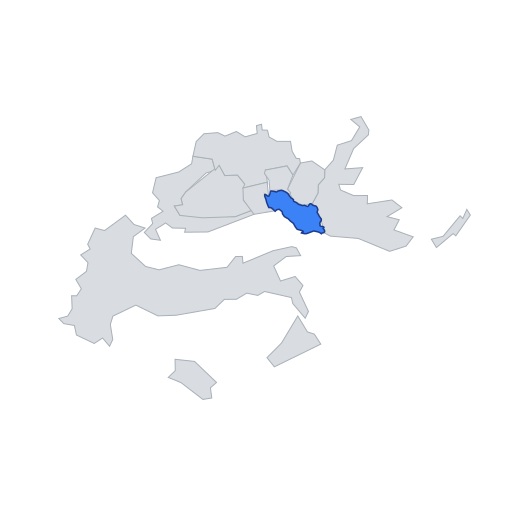 Albania shown with its bordering countries, rotated 309°
{"feature_id": "ALB", "entity_name": "Albania", "entity_type": "country or territory", "adm_level": 0, "iso_a3": "ALB", "parent_name": "Europe", "parent_adm1": "", "projection": "mercator", "projection_center": [20.103, 41.151], "detail": "fine", "context": "with_neighbors", "style": "filled", "palette": "blue", "viewbox_px": 512, "rotation_deg": 309, "n_neighbors": 8, "source": "natural_earth", "source_scale": "50m", "svg_char_len": 4813}
<svg xmlns="http://www.w3.org/2000/svg" viewBox="0 0 512 512"><g transform="rotate(309 256 256)"><path d="M424.9,390.5L422.7,396.8L397.4,398.6L397.5,395.1L376.1,390.9L379.4,381.7L389.0,389.0L415.7,389.3L415.3,393.1L424.9,390.5ZM366.2,255.2L379.2,255.8L393.3,249.4L405.7,257.6L421.6,255.4L421.8,243.7L430.4,249.9L424.9,264.5L420.8,267.1L400.9,264.3L379.6,270.3L391.8,283.3L373.1,287.0L363.8,275.2L360.5,280.2L364.4,293.9L373.2,304.6L366.6,309.6L385.1,326.4L385.3,339.0L369.1,333.1L374.3,344.5L363.1,346.8L369.8,366.1L358.1,366.4L343.7,356.9L334.0,324.4L318.2,301.2L317.0,294.7L325.2,283.6L326.2,276.1L331.9,272.8L332.3,266.7L343.8,264.6L350.5,259.6L360.0,260.0L366.2,255.2Z" fill="#d9dde1" stroke="#a8b0b8" stroke-width="1"/><path d="M254.0,129.1L272.7,143.1L287.2,147.9L293.8,144.2L303.7,161.0L296.9,170.4L289.0,164.9L261.7,161.1L253.5,161.7L249.7,166.8L243.4,161.1L239.7,171.4L273.5,215.1L289.1,224.1L287.1,228.2L244.4,203.5L229.6,185.6L233.2,183.8L225.1,173.4L224.8,165.0L213.5,161.1L208.1,171.8L203.0,163.5L204.0,154.4L216.2,155.3L219.4,151.1L232.3,155.6L232.2,148.6L238.3,146.0L240.0,135.8L254.0,129.1Z" fill="#d9dde1" stroke="#a8b0b8" stroke-width="1"/><path d="M146.5,119.1L157.1,122.7L159.2,117.8L176.5,113.4L180.5,122.3L205.6,128.9L203.7,141.4L207.9,152.2L193.9,148.5L179.6,157.4L178.4,176.8L184.2,189.3L200.7,201.6L209.5,221.5L229.0,240.6L242.8,240.5L247.1,245.7L242.2,250.4L270.8,265.9L285.9,278.0L287.7,282.3L284.4,290.5L274.6,279.8L259.4,276.0L252.0,290.8L264.7,299.3L262.6,311.1L255.3,312.4L245.9,331.7L238.6,333.4L242.2,314.5L246.0,309.7L233.8,285.0L226.5,282.2L221.3,272.2L210.0,268.0L202.4,258.7L189.4,257.1L159.7,231.2L147.7,217.4L142.2,193.5L119.2,182.6L111.1,185.9L101.0,197.2L93.7,199.0L95.7,188.4L86.2,185.3L81.6,166.2L87.7,158.6L82.5,149.2L83.3,142.1L90.8,147.5L99.3,146.3L109.1,137.7L112.2,141.7L120.6,140.9L124.4,130.7L137.4,133.9L145.1,129.6L146.5,119.1ZM204.4,330.6L235.7,326.2L229.4,343.7L232.0,350.5L228.3,361.8L181.4,340.0L183.9,328.5L204.4,330.6ZM116.1,265.4L124.8,258.1L135.4,274.6L132.9,304.9L124.9,303.5L117.8,311.0L111.1,305.0L110.4,277.4L106.4,264.2L116.1,265.4Z" fill="#d9dde1" stroke="#a8b0b8" stroke-width="1"/><path d="M289.1,224.1L273.5,215.1L252.1,190.5L239.7,171.4L243.4,161.1L249.7,166.8L253.5,161.7L261.7,161.1L303.3,170.3L298.9,181.2L307.3,190.6L304.8,202.1L291.6,210.9L289.1,224.1Z" fill="#d9dde1" stroke="#a8b0b8" stroke-width="1"/><path d="M356.2,232.0L365.0,239.6L366.2,255.2L360.0,260.0L350.5,259.6L343.8,264.6L332.3,266.7L325.0,261.0L322.5,251.0L327.8,238.4L356.2,232.0Z" fill="#d9dde1" stroke="#a8b0b8" stroke-width="1"/><path d="M293.8,144.2L307.3,137.5L318.2,138.6L327.8,148.6L329.7,156.5L340.4,162.4L341.8,172.6L352.0,179.8L357.6,174.3L361.9,177.4L357.8,181.5L361.0,185.8L356.7,191.3L358.3,200.2L366.8,210.7L360.1,218.2L357.2,225.8L359.1,228.6L356.2,232.0L342.1,233.8L345.5,223.4L328.7,209.2L318.9,220.3L320.3,218.2L300.6,203.1L304.8,202.1L307.3,190.6L298.9,181.2L303.3,170.3L296.9,170.4L303.7,161.0L293.8,144.2Z" fill="#d9dde1" stroke="#a8b0b8" stroke-width="1"/><path d="M320.3,218.2L310.9,227.7L309.8,223.2L302.2,235.0L303.3,242.5L287.1,228.2L291.6,210.9L300.6,203.1L320.3,218.2Z" fill="#d9dde1" stroke="#a8b0b8" stroke-width="1"/><path d="M324.7,243.0L323.6,234.4L315.6,225.6L323.1,218.5L325.5,210.5L328.7,209.2L345.5,223.4L342.1,233.8L327.8,238.4L327.0,243.2L324.7,243.0Z" fill="#d9dde1" stroke="#a8b0b8" stroke-width="1"/><path d="M302.8,242.7L302.9,241.5L303.1,239.6L303.0,239.0L303.2,238.0L302.6,236.5L301.7,235.5L302.6,233.7L303.8,231.5L305.0,229.7L306.4,227.9L307.3,226.2L308.3,224.7L309.2,224.2L309.6,224.5L309.8,225.2L309.8,227.1L310.1,227.8L310.6,228.3L311.9,228.0L313.3,227.6L315.2,226.5L315.5,226.6L316.2,227.1L317.6,229.5L318.6,231.6L320.5,232.3L321.5,233.1L322.9,234.3L323.6,235.5L324.5,239.3L324.6,241.5L324.3,242.6L324.1,242.8L323.2,246.5L323.4,248.4L323.4,249.6L322.7,250.1L322.2,250.9L323.0,253.9L322.9,255.2L323.0,256.7L324.3,260.1L325.2,261.1L325.9,261.6L326.8,264.7L327.4,265.2L329.7,265.0L330.8,265.3L331.2,266.0L331.3,266.5L331.2,268.3L331.7,269.6L332.5,271.0L332.5,271.8L332.0,273.2L331.1,274.8L329.9,275.4L328.5,275.9L327.9,277.1L327.6,278.4L327.0,279.4L326.6,280.5L326.0,282.7L325.9,283.4L325.0,284.2L323.6,284.6L322.4,284.6L321.5,285.0L321.1,285.7L320.3,286.3L319.8,286.6L319.8,287.3L320.4,288.6L321.1,289.8L321.1,290.7L320.8,290.9L319.7,290.8L319.5,291.1L319.4,292.1L319.1,293.0L318.7,293.5L318.0,294.1L316.7,293.9L315.4,293.0L314.8,292.8L314.4,292.8L314.3,290.7L313.8,289.1L311.8,285.1L305.3,281.3L303.8,279.6L303.1,278.1L302.5,276.8L303.1,276.7L303.7,277.1L304.5,277.5L304.9,276.8L304.5,275.3L302.9,271.8L302.7,270.8L303.5,267.9L304.9,264.6L304.8,260.6L305.2,257.5L304.8,255.6L304.5,253.1L305.5,249.9L306.4,249.1L306.9,248.1L306.9,244.6L305.0,243.0L302.8,242.7Z" fill="#3b82f6" stroke="#1e3a8a" stroke-width="1.5"/></g></svg>